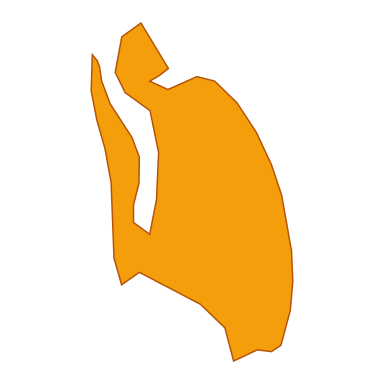 the Dependency of Barbuda
{"feature_id": "ATG-5091", "entity_name": "Barbuda", "entity_type": "Dependency", "adm_level": 1, "iso_a3": "ATG", "parent_name": "Antigua and Barbuda", "parent_adm1": "", "projection": "equal_earth", "projection_center": [-61.817, 17.637], "detail": "fine", "context": "isolated", "style": "filled", "palette": "amber", "viewbox_px": 384, "rotation_deg": 0, "n_neighbors": 0, "source": "natural_earth", "source_scale": "10m", "svg_char_len": 652}
<svg xmlns="http://www.w3.org/2000/svg" viewBox="0 0 384 384"><path d="M139.3,272.3L121.6,284.8L114.0,258.1L111.1,182.4L104.9,148.3L96.8,119.9L91.2,90.8L92.3,54.7L97.3,60.8L99.5,66.8L101.7,81.2L110.1,103.7L132.0,137.5L139.3,157.1L139.0,183.1L133.5,205.0L133.5,222.5L149.7,234.3L156.5,199.7L158.6,152.4L150.0,110.6L125.2,92.7L115.2,72.4L121.8,36.8L140.9,23.0L168.4,68.5L159.2,75.6L149.7,81.2L167.9,89.5L196.9,76.6L214.8,81.2L237.0,102.9L256.3,132.3L271.4,164.6L281.6,195.1L291.5,250.7L292.8,281.4L290.3,310.4L280.9,345.3L271.4,351.6L257.2,349.9L233.6,361.0L224.9,327.8L200.4,304.3L139.3,272.3Z" fill="#f59e0b" stroke="#b45309" stroke-width="1.5"/></svg>